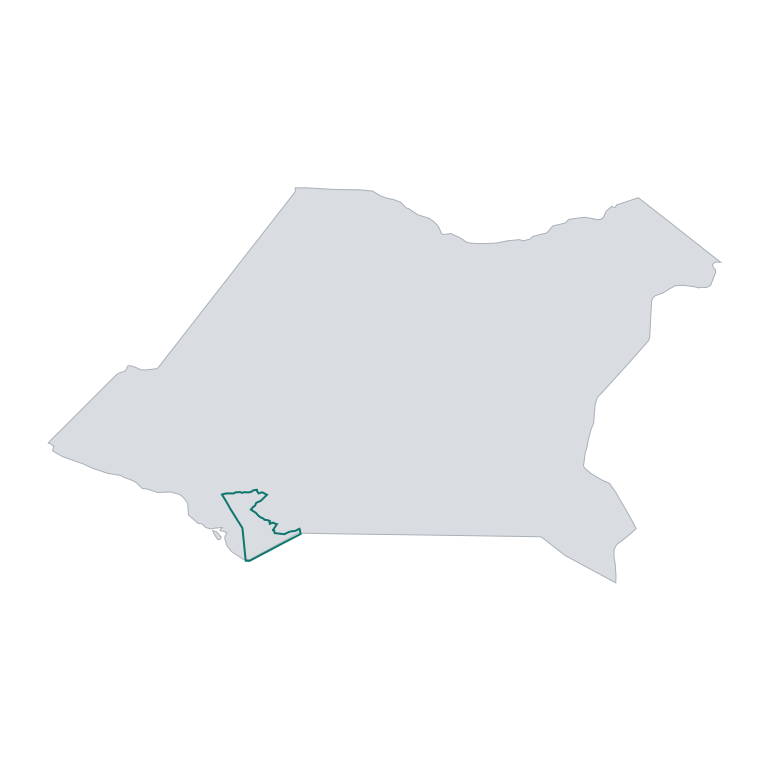 Ijara, North-Eastern, Kenya shown in context, rotated 91°
{"feature_id": "3690345B80004125723360", "entity_name": "Ijara", "entity_type": "district", "adm_level": 2, "iso_a3": "KEN", "parent_name": "Kenya", "parent_adm1": "North-Eastern", "projection": "equal_earth", "projection_center": [40.405, -1.432], "detail": "fine", "context": "in_parent", "style": "outline", "palette": "teal", "viewbox_px": 768, "rotation_deg": 91, "n_neighbors": 0, "source": "geoboundaries", "source_scale": "gbopen_adm2", "svg_char_len": 7410}
<svg xmlns="http://www.w3.org/2000/svg" viewBox="0 0 768 768"><g transform="rotate(91 384 384)"><path d="M189.4,476.1L189.2,464.9L190.4,436.4L190.3,411.4L191.3,398.8L195.9,390.9L198.0,385.1L199.6,377.0L202.0,370.5L207.4,365.1L208.4,362.2L214.2,353.2L217.6,341.7L220.2,337.8L223.5,334.2L225.8,332.3L229.6,330.4L232.6,329.3L233.1,328.4L233.4,326.6L232.4,319.4L233.6,317.1L235.7,312.3L238.0,307.9L240.1,305.1L241.3,302.2L241.8,297.2L241.9,293.6L241.9,287.8L241.2,274.7L238.8,263.6L237.3,251.3L238.4,247.2L236.5,240.0L235.6,239.6L234.0,238.0L232.0,231.2L230.5,225.0L229.6,223.4L223.0,218.0L219.8,205.2L216.2,202.3L214.2,189.6L213.8,185.9L215.9,173.2L215.7,170.3L213.6,167.6L207.4,164.9L202.5,159.6L203.1,157.8L203.5,155.9L200.9,154.6L193.3,132.9L203.2,119.8L213.1,106.6L225.8,89.9L237.5,74.5L247.6,61.3L256.5,49.4L256.3,51.7L256.3,54.7L257.5,56.5L259.3,57.8L261.9,56.5L264.1,54.6L266.3,54.2L279.7,59.2L282.0,63.4L281.8,68.1L282.4,71.4L281.4,74.8L280.2,85.0L280.5,94.3L284.5,101.2L288.1,106.7L291.0,114.3L293.1,116.6L296.0,117.8L305.3,118.2L319.0,118.7L332.1,119.1L333.3,119.3L336.1,120.3L348.3,130.7L359.4,140.1L368.7,148.3L377.9,156.3L386.7,164.0L393.6,170.4L400.4,172.4L411.4,173.3L419.1,173.6L426.1,176.3L436.6,178.8L444.4,180.1L449.2,181.6L462.3,183.1L464.4,182.2L470.2,175.1L476.7,163.5L479.2,157.1L487.6,150.8L502.3,141.9L512.7,135.7L524.2,129.4L529.5,134.9L536.7,143.6L539.9,147.9L542.5,149.8L546.4,151.1L551.2,151.1L553.8,150.9L559.2,149.8L571.6,148.7L578.8,148.8L572.8,160.4L565.6,174.3L552.4,199.8L542.3,213.2L534.7,223.4L534.0,225.2L534.0,236.5L534.1,264.2L534.2,319.6L534.4,375.0L534.6,430.4L534.6,458.2L534.7,467.5L541.4,479.1L547.9,490.5L556.5,505.5L561.2,513.6L561.9,516.3L561.7,521.7L554.6,533.0L548.8,538.1L540.9,540.6L538.6,540.1L535.5,538.5L534.3,541.2L533.4,545.4L531.6,544.5L530.3,543.3L531.1,550.8L531.9,554.5L530.7,559.5L526.9,563.8L526.6,567.5L518.3,577.2L506.6,578.2L500.5,583.0L497.8,587.0L495.7,595.5L496.4,608.7L493.2,618.8L492.6,623.9L486.5,630.5L483.8,636.5L481.9,642.6L480.1,645.3L478.1,659.1L475.3,667.4L474.5,670.2L473.8,672.7L471.7,677.6L470.3,680.9L469.2,683.2L462.1,704.5L456.6,714.2L452.2,713.1L449.3,716.8L449.0,718.6L447.5,717.6L443.8,714.1L436.4,706.8L428.9,699.5L421.4,692.3L413.9,685.0L406.4,677.8L398.9,670.5L391.4,663.3L383.9,656.0L379.5,651.7L377.6,649.2L376.1,644.2L375.3,643.0L373.3,641.4L371.0,641.0L370.3,640.1L370.3,637.7L371.1,634.2L373.9,627.5L374.2,623.6L373.6,619.2L372.8,612.0L372.0,610.4L367.1,606.7L356.6,598.9L346.2,591.0L335.8,583.2L325.4,575.4L315.0,567.6L304.6,559.8L294.2,552.0L283.8,544.1L273.4,536.3L263.0,528.5L252.6,520.7L242.2,512.8L231.8,505.0L221.4,497.2L211.0,489.4L200.5,481.5L196.6,478.6L193.1,476.1L189.4,476.1ZM535.4,552.1L533.6,552.7L534.6,548.9L539.9,544.1L542.1,545.2L542.5,546.3L542.4,547.3L541.5,548.3L535.4,552.1Z" fill="#d9dde1" stroke="#a8b0b8" stroke-width="1"/><path d="M492.0,509.2L492.0,509.4L492.1,509.5L492.1,510.2L492.1,510.4L492.2,510.6L492.2,510.8L492.2,511.0L492.3,511.3L492.4,511.6L492.4,511.8L492.5,512.1L492.6,512.6L492.8,512.9L492.8,513.1L493.0,513.4L493.1,513.6L493.3,513.8L493.5,514.0L493.7,514.3L493.9,514.5L494.0,514.7L494.1,514.9L494.2,515.1L494.2,515.3L494.3,515.6L494.4,516.1L494.5,516.3L494.6,516.7L494.6,517.2L494.7,517.6L494.7,518.0L494.7,518.5L494.7,518.9L494.7,519.2L494.7,519.8L494.7,520.2L494.6,520.9L494.6,521.0L494.6,521.3L494.6,521.5L494.6,521.9L494.7,522.0L494.7,522.3L494.8,522.4L494.9,522.6L495.0,522.9L495.1,523.1L495.2,523.3L495.2,523.5L495.2,523.8L495.2,524.0L495.2,524.3L495.1,524.5L494.9,525.1L494.8,525.4L494.7,525.5L494.7,525.8L494.6,526.0L494.6,526.3L494.6,526.7L494.7,527.0L494.7,527.5L494.7,527.9L494.8,528.6L494.8,528.8L494.8,529.1L494.8,529.4L494.8,529.5L494.9,530.0L494.9,530.4L495.0,530.5L495.1,530.9L495.2,531.0L495.3,531.2L495.5,531.4L495.6,531.6L495.7,531.9L495.8,532.1L495.9,532.3L496.0,532.4L496.0,532.6L496.1,532.8L496.1,533.0L496.1,533.3L496.1,533.6L496.1,534.3L496.0,534.6L496.0,534.8L496.0,535.3L496.1,536.4L496.1,536.6L496.2,537.0L496.2,537.5L496.1,537.8L496.1,538.1L496.1,538.3L496.0,538.5L496.0,538.8L496.0,539.1L496.1,539.4L496.1,539.5L496.3,539.9L496.3,540.0L496.5,540.3L496.5,540.5L496.6,540.8L496.5,541.1L496.5,541.3L496.5,541.6L496.5,541.8L496.6,542.0L496.8,542.3L496.9,542.6L497.0,542.8L497.1,543.2L497.2,543.5L497.2,543.9L497.3,544.1L497.5,544.0L498.2,543.6L499.2,542.9L499.4,542.8L499.6,542.7L499.9,542.5L500.7,542.0L500.8,541.9L501.1,541.7L501.5,541.4L502.1,541.0L502.9,540.6L503.2,540.3L504.4,539.6L504.7,539.4L505.0,539.3L506.6,538.3L508.5,537.2L510.7,535.9L511.3,535.6L512.4,534.9L514.5,533.5L518.7,530.8L520.8,529.4L521.8,528.8L522.8,528.2L523.1,528.0L525.8,526.1L526.8,525.5L527.8,524.9L528.1,524.6L528.5,524.4L528.8,524.1L529.2,523.9L529.9,523.4L530.2,523.3L530.5,523.1L533.1,522.7L533.6,522.7L536.6,522.3L538.0,522.2L539.5,522.0L543.7,521.5L547.6,521.0L552.2,520.5L557.3,519.9L559.5,519.6L561.7,519.4L563.1,519.2L563.2,515.4L563.1,515.2L546.4,485.0L541.0,475.0L535.4,464.7L530.4,465.9L530.2,466.0L530.3,466.2L530.5,466.5L530.7,466.9L530.8,467.1L530.9,467.3L530.9,467.5L531.1,467.8L531.3,468.1L531.6,468.6L531.9,469.1L532.0,469.3L532.2,469.7L532.3,469.9L532.3,470.0L532.5,470.7L532.6,471.2L532.6,471.5L532.7,471.8L532.7,472.2L532.7,472.6L532.8,472.9L532.9,473.7L532.9,474.0L533.0,474.3L533.1,474.7L533.2,475.2L533.4,475.8L533.5,476.0L533.6,476.5L533.8,476.8L534.0,477.1L534.1,477.3L534.1,477.5L534.3,477.8L534.4,478.0L534.5,478.2L534.6,478.4L534.6,478.6L535.2,479.6L535.9,480.8L535.9,481.1L535.0,490.7L532.2,491.4L532.2,493.2L532.0,492.8L532.0,492.7L531.9,492.5L531.7,492.4L531.6,492.2L526.1,488.7L526.1,488.8L526.0,489.1L526.0,489.3L525.9,489.5L525.8,489.8L525.7,490.0L525.5,490.4L525.4,490.5L525.3,490.8L525.1,491.1L524.9,491.4L524.9,491.6L524.8,491.8L524.7,492.1L524.7,492.3L524.7,492.7L524.7,492.9L524.8,492.9L524.8,493.1L524.9,493.3L525.0,493.5L525.1,493.8L525.2,494.1L525.2,494.5L525.4,494.8L525.4,495.1L525.6,495.4L525.7,495.6L525.4,495.6L525.2,495.6L525.1,495.8L524.9,495.8L524.6,495.9L524.4,495.9L524.3,496.0L524.2,495.9L523.9,495.9L523.6,495.8L523.4,495.7L523.1,495.6L523.0,495.8L523.0,496.0L522.9,496.2L522.7,496.4L522.7,496.5L522.6,496.8L522.5,497.2L522.5,497.5L522.4,497.8L522.1,498.2L522.0,498.4L522.0,498.6L522.0,498.9L522.0,499.6L522.0,499.8L522.0,500.1L521.9,500.3L521.9,500.5L521.9,500.8L521.9,501.0L521.7,501.2L521.7,501.3L521.4,501.4L521.3,501.5L521.2,501.6L520.7,502.3L520.5,502.5L520.5,502.8L520.4,503.0L520.1,503.5L519.8,504.1L519.7,504.4L519.7,504.6L519.6,504.8L519.5,505.0L519.3,505.3L519.2,505.5L519.0,505.8L518.7,506.1L518.4,506.6L518.1,507.0L517.8,507.3L517.5,507.6L517.4,507.7L516.9,508.1L516.6,508.5L516.4,508.8L516.2,508.9L516.0,509.0L515.8,509.2L515.6,509.3L515.2,509.8L515.1,510.0L514.9,510.1L511.9,515.0L511.7,514.9L511.5,514.7L511.5,514.4L511.4,514.3L511.3,514.1L511.2,514.0L511.0,513.9L510.9,513.9L510.6,513.7L510.3,513.5L510.2,513.5L510.0,513.4L509.8,513.3L509.7,513.2L509.4,513.0L509.3,512.8L509.1,512.7L508.9,512.1L508.8,511.9L508.7,511.8L508.6,511.6L508.3,511.3L508.1,511.1L508.0,510.9L507.9,510.8L506.5,510.3L505.2,509.8L505.0,509.4L504.8,509.1L504.7,509.0L504.6,508.8L504.6,508.7L504.3,508.2L504.2,508.0L504.1,507.6L504.0,507.4L503.8,506.9L503.7,506.8L503.6,506.6L503.3,506.1L503.2,505.9L503.2,505.7L502.9,505.1L498.6,500.9L497.3,499.6L496.8,499.1L494.5,503.6L494.4,503.9L495.6,507.4L493.7,508.8L493.4,509.0L493.1,509.1L492.8,509.1L492.7,509.1L492.0,509.2Z" fill="none" stroke="#0f766e" stroke-width="2"/></g></svg>